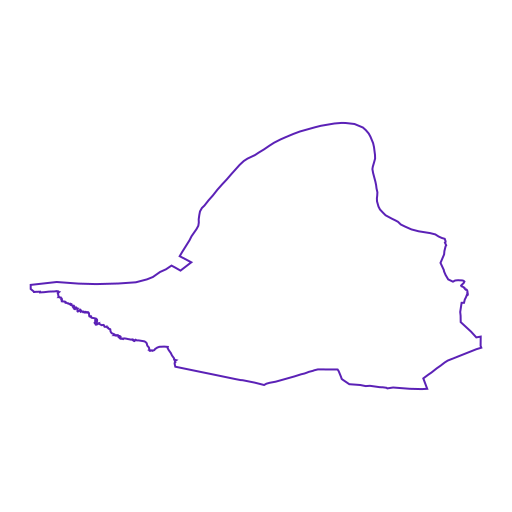 Tabores pag., Daugavpils, Latvia
{"feature_id": "27541924B89524282824071", "entity_name": "Tabores pag.", "entity_type": "district", "adm_level": 2, "iso_a3": "LVA", "parent_name": "Latvia", "parent_adm1": "Daugavpils", "projection": "equal_earth", "projection_center": [26.623, 55.872], "detail": "fine", "context": "isolated", "style": "outline", "palette": "violet", "viewbox_px": 512, "rotation_deg": 0, "n_neighbors": 0, "source": "geoboundaries", "source_scale": "gbopen_adm2", "svg_char_len": 5742}
<svg xmlns="http://www.w3.org/2000/svg" viewBox="0 0 512 512"><path d="M175.3,366.7L198.6,371.5L213.3,374.5L235.5,379.1L240.7,380.1L242.6,380.2L254.6,382.6L264.1,385.0L266.4,383.7L269.6,382.8L275.6,381.7L281.7,380.0L294.5,376.4L301.1,374.3L304.5,373.5L307.0,372.6L308.7,371.9L313.0,370.8L314.2,370.3L317.9,369.4L337.6,369.5L338.7,371.2L341.0,376.8L341.7,378.9L342.4,379.5L349.3,384.2L360.2,385.0L365.7,386.1L369.9,385.8L379.9,387.2L382.9,387.3L386.5,387.8L387.3,388.4L393.1,387.5L409.9,388.8L421.9,389.1L427.2,388.8L423.3,378.4L428.4,374.6L431.5,372.5L436.8,368.3L440.4,365.8L444.7,362.5L447.7,360.6L476.4,349.2L481.3,347.7L480.6,345.8L480.7,336.6L476.3,337.4L471.0,331.6L460.7,322.1L460.6,315.7L460.2,312.0L461.6,302.8L464.0,302.8L464.8,299.5L465.9,297.4L466.7,295.3L466.9,295.5L467.1,295.4L467.8,294.8L467.8,293.7L467.6,293.3L467.4,293.3L467.3,293.1L467.3,292.6L467.5,292.5L467.6,292.2L467.2,290.5L466.9,290.0L466.6,289.7L466.3,289.7L466.1,289.5L465.8,289.7L465.2,289.2L464.3,288.1L464.4,287.7L463.8,287.4L462.7,286.7L461.5,286.3L461.1,285.6L461.3,285.3L463.7,283.0L464.4,281.6L463.7,280.9L463.0,280.6L462.0,280.4L460.0,280.3L459.5,280.3L458.3,280.2L455.8,280.4L454.6,280.7L453.4,281.5L453.0,281.5L452.8,281.6L448.2,279.4L445.6,275.0L444.3,272.0L443.9,270.9L443.9,270.2L440.5,262.9L444.1,254.4L444.4,251.1L445.6,246.2L446.2,245.3L444.9,242.6L445.6,241.9L445.5,241.0L444.7,238.8L441.9,238.0L438.6,236.5L435.3,234.4L430.1,233.1L418.7,231.3L411.4,229.4L405.1,226.6L400.8,224.5L398.0,221.8L395.4,220.4L391.9,218.7L385.6,215.3L382.8,212.5L380.0,209.5L378.5,206.6L377.0,201.3L376.9,198.2L377.2,195.8L377.4,192.3L376.5,188.3L376.1,185.1L375.4,181.7L373.1,173.0L372.4,169.1L372.8,166.7L374.0,162.6L375.1,158.6L375.0,154.9L374.0,147.1L373.1,143.1L370.4,136.6L368.7,133.5L365.8,130.1L362.9,127.5L354.5,124.0L345.7,123.0L341.7,122.9L334.4,123.5L320.8,125.8L314.9,127.3L299.9,131.5L293.2,134.0L285.6,137.2L280.6,139.4L274.1,142.7L269.4,145.7L264.0,149.4L258.7,152.6L255.1,155.0L247.5,158.6L243.8,161.0L239.7,164.8L231.7,173.7L226.7,179.5L222.2,184.3L217.4,189.7L213.0,195.3L208.5,200.4L204.4,205.6L201.9,208.0L200.0,211.4L199.3,215.0L198.7,219.3L198.8,222.6L198.3,225.8L196.5,229.1L191.5,236.3L189.5,240.3L182.1,252.1L179.7,256.2L191.3,262.3L180.5,270.6L174.7,267.3L171.5,265.6L166.0,269.3L160.0,272.0L152.9,277.0L146.9,279.4L135.8,282.3L118.4,283.5L96.1,284.1L78.5,283.6L56.7,282.0L30.7,284.9L30.7,289.0L33.7,291.5L33.9,292.0L34.1,292.0L34.1,291.9L40.0,291.7L40.0,292.4L43.9,292.2L49.0,291.6L55.0,291.4L55.4,291.3L56.3,291.1L57.2,291.2L57.0,291.5L57.7,291.7L57.8,291.5L58.3,291.6L58.3,291.9L58.5,292.0L59.1,292.1L57.8,293.4L58.4,295.2L58.3,295.5L58.4,296.2L58.4,296.3L59.1,296.9L58.9,297.1L59.0,297.1L59.4,297.3L59.9,297.6L60.8,297.5L61.1,298.1L61.7,298.5L61.9,299.1L61.5,299.3L61.5,299.5L61.3,299.7L62.0,300.6L62.0,301.0L61.8,301.2L61.8,301.3L63.1,301.5L64.0,301.4L64.7,301.8L65.1,301.7L65.7,302.1L65.7,302.3L65.4,302.5L65.5,302.8L66.4,302.8L66.8,303.0L67.4,303.2L67.7,303.4L68.2,303.3L68.3,303.4L68.3,303.6L69.1,303.8L69.3,304.0L70.0,303.8L70.1,304.3L70.4,304.3L71.0,304.2L71.0,304.7L71.5,304.6L71.5,305.2L72.1,305.4L72.4,305.9L72.8,306.2L73.5,306.2L73.5,305.7L73.8,305.7L74.1,306.1L73.9,306.4L74.1,306.5L73.8,306.9L74.6,307.6L73.6,307.9L73.9,308.2L74.0,308.3L74.9,308.3L75.0,308.6L74.7,309.1L75.0,309.2L75.8,308.5L75.9,308.3L76.0,307.6L76.3,307.5L76.8,308.1L76.5,308.3L77.4,308.5L77.1,308.7L77.1,308.9L77.2,309.3L77.5,309.7L77.6,310.0L77.4,310.9L77.5,311.3L77.7,311.5L78.7,311.2L79.1,310.8L79.5,310.3L80.1,309.8L80.4,309.7L81.0,310.6L81.0,310.9L80.6,311.4L80.7,311.7L81.4,311.3L82.1,311.7L82.9,311.4L83.2,311.5L83.3,312.2L84.0,312.2L84.4,312.5L84.8,312.3L84.9,311.9L85.0,311.8L85.9,311.9L86.0,312.0L86.0,312.5L86.6,312.5L87.0,312.1L87.9,312.1L88.2,312.2L88.4,312.4L88.2,312.8L88.7,312.9L89.0,313.4L89.2,315.8L89.3,316.2L89.4,316.4L90.2,316.7L90.4,316.2L90.9,316.2L91.1,316.3L91.2,317.1L91.4,317.6L91.8,317.8L93.9,318.1L96.0,318.6L96.2,318.8L96.0,319.4L96.1,319.5L96.3,319.6L96.6,319.5L97.0,319.6L97.1,320.1L96.7,320.6L97.1,320.8L97.1,321.1L96.9,321.6L96.6,321.7L95.8,321.7L95.2,321.2L95.2,321.6L95.4,322.4L94.7,322.7L94.6,322.8L94.9,323.5L95.1,323.6L95.9,323.7L96.1,323.9L95.9,324.4L95.9,324.6L96.7,324.6L97.2,324.3L97.3,324.1L97.2,324.0L96.4,323.9L96.5,323.7L96.8,323.6L96.9,323.2L97.2,323.2L97.5,323.5L98.4,323.3L98.1,323.7L99.5,324.0L101.7,325.2L103.3,324.9L103.9,325.2L104.3,326.3L104.5,326.7L104.7,326.8L106.0,326.8L106.5,326.6L106.5,326.9L107.5,327.3L107.5,327.7L107.8,327.9L108.2,327.9L108.3,328.3L108.6,328.7L108.8,328.7L109.4,329.0L110.2,329.2L110.4,330.0L110.4,330.8L110.6,331.5L111.1,332.5L111.9,333.3L114.5,334.4L114.8,334.8L114.4,335.1L115.9,335.1L115.3,335.5L115.6,335.6L118.1,335.7L118.7,335.9L118.3,336.1L119.6,336.0L120.5,336.7L120.1,337.5L119.8,337.6L119.3,337.2L119.1,337.2L118.9,337.3L120.2,338.5L120.7,338.2L121.1,338.3L120.9,338.7L121.0,338.8L122.4,338.8L123.1,339.1L123.5,338.8L123.4,338.5L124.4,338.4L126.5,338.7L128.1,339.1L129.0,339.2L130.6,339.6L131.3,339.5L131.8,339.7L132.4,339.4L132.8,339.4L133.5,340.1L133.3,340.5L134.2,341.1L134.6,341.0L134.8,340.3L135.0,340.0L135.6,339.7L136.4,340.2L136.8,340.4L138.6,340.4L143.0,341.1L144.5,341.4L145.5,342.0L146.6,343.1L146.9,343.9L147.0,344.7L147.4,345.7L147.8,346.3L148.6,347.1L148.9,347.5L149.2,348.8L149.6,349.6L149.1,350.0L149.3,350.1L149.4,350.3L149.5,350.2L149.8,350.4L150.2,350.8L150.6,350.8L151.7,350.3L151.9,350.3L152.2,350.7L152.4,350.8L152.8,350.5L153.3,350.5L154.3,350.1L155.3,348.8L156.4,348.2L157.2,347.6L159.4,346.8L164.2,346.6L167.8,346.9L167.6,348.0L168.6,349.9L170.5,352.6L170.7,352.8L172.0,355.5L174.1,358.4L174.1,359.6L176.3,360.2L175.0,361.2L174.8,362.4L175.1,362.6L174.7,363.0L174.6,363.6L175.3,366.7Z" fill="none" stroke="#5b21b6" stroke-width="2"/></svg>